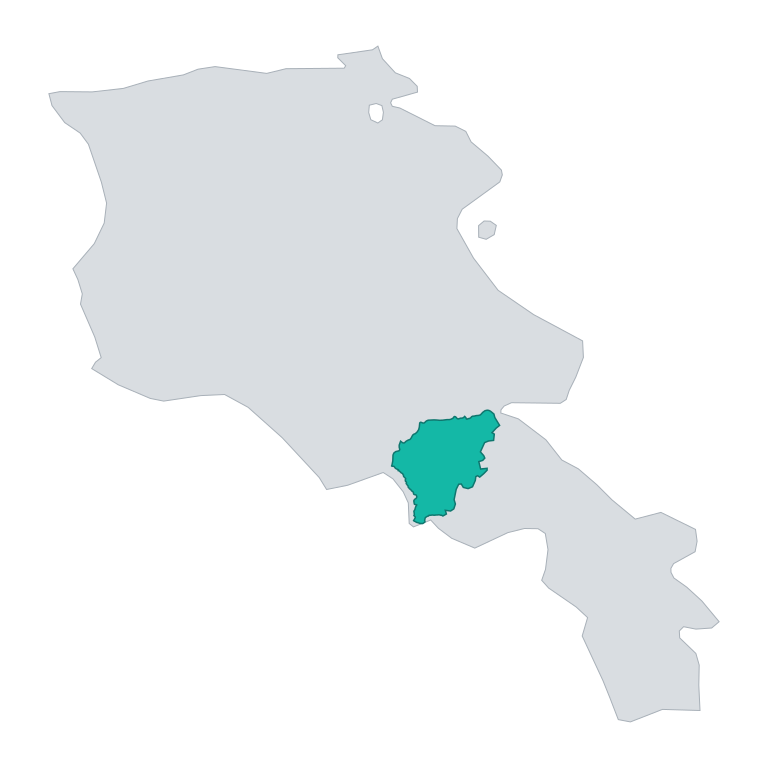 Yeghegnadzor, Vayots Dzor, Armenia shown in context
{"feature_id": "60910142B56159953902843", "entity_name": "Yeghegnadzor", "entity_type": "district", "adm_level": 2, "iso_a3": "ARM", "parent_name": "Armenia", "parent_adm1": "Vayots Dzor", "projection": "orthographic", "projection_center": [45.236, 39.785], "detail": "fine", "context": "in_parent", "style": "filled", "palette": "teal", "viewbox_px": 768, "rotation_deg": 0, "n_neighbors": 0, "source": "geoboundaries", "source_scale": "gbopen_adm2", "svg_char_len": 5211}
<svg xmlns="http://www.w3.org/2000/svg" viewBox="0 0 768 768"><path d="M326.6,489.5L319.2,477.5L282.3,437.8L248.1,407.3L224.6,394.5L200.8,395.6L163.7,401.1L150.2,398.4L118.3,384.8L91.7,368.6L95.5,362.2L101.2,357.6L94.8,337.1L80.5,304.1L82.3,293.9L77.9,279.6L72.9,268.8L94.3,243.6L104.2,223.1L106.6,203.1L101.4,182.2L88.4,144.2L80.2,133.1L64.7,122.6L52.0,105.6L48.9,93.7L60.0,91.6L92.2,91.9L123.4,88.4L148.0,81.0L183.4,74.9L198.0,69.2L215.1,66.6L266.7,73.4L286.0,68.7L344.2,68.2L345.7,65.7L337.8,57.8L337.9,54.8L372.5,49.8L377.9,46.1L382.4,58.7L395.3,72.8L409.5,78.5L417.2,86.3L417.5,92.1L392.3,99.2L390.6,102.8L392.3,106.3L399.8,108.0L435.0,125.7L455.2,126.1L465.8,131.4L471.1,141.9L488.0,156.2L501.4,170.1L502.3,174.9L499.8,181.9L462.2,209.2L457.4,218.6L456.9,228.6L473.5,258.1L498.1,290.3L533.6,314.6L582.6,340.9L583.4,357.4L575.8,377.1L569.2,390.4L566.2,399.5L560.3,403.3L511.5,402.7L504.2,406.0L501.0,409.8L500.8,413.0L518.4,418.9L545.9,439.8L561.8,460.0L578.3,468.8L596.9,484.8L611.9,499.8L635.2,519.1L660.9,512.4L695.5,529.4L697.1,541.2L695.1,551.7L673.6,563.6L670.9,568.4L671.0,572.4L673.9,578.0L686.8,587.2L701.9,601.0L719.1,621.7L711.7,628.0L695.9,629.1L683.6,626.7L679.3,631.0L679.7,637.9L695.9,653.5L699.2,665.1L698.8,685.2L700.0,710.5L662.4,709.4L630.4,721.9L618.3,719.6L610.0,698.1L603.0,680.7L582.2,636.0L587.6,617.6L576.2,607.0L548.7,588.1L541.7,580.3L545.5,569.4L548.0,549.6L545.3,533.5L538.0,528.7L524.4,528.5L507.9,532.6L474.8,548.1L451.7,538.3L438.4,528.3L430.7,520.0L413.5,526.9L409.2,523.5L408.3,502.9L403.2,491.8L392.9,478.8L383.2,472.5L347.8,485.2L326.6,489.5ZM382.4,119.8L383.4,112.3L381.9,105.6L376.2,103.5L369.3,105.2L368.7,112.6L370.8,119.7L377.8,123.0L382.4,119.8ZM494.2,234.6L486.2,239.3L478.7,237.2L478.6,225.6L484.1,221.0L490.3,221.2L496.3,225.4L494.2,234.6Z" fill="#d9dde1" stroke="#a8b0b8" stroke-width="1"/><path d="M400.6,441.2L399.2,445.1L399.2,447.2L399.8,449.6L399.0,450.8L395.7,451.6L393.8,453.1L393.0,455.1L392.8,460.8L392.0,464.9L391.6,465.9L391.9,466.2L392.1,466.2L392.8,466.3L393.5,466.3L394.0,466.4L394.4,466.9L394.8,467.4L395.0,467.8L395.3,468.1L395.6,468.4L396.1,468.7L397.3,469.3L398.2,469.6L398.5,469.9L398.3,470.4L398.2,470.6L398.5,470.7L398.9,470.8L399.2,471.0L399.6,471.3L400.1,471.8L400.5,472.0L400.8,472.5L401.1,472.8L401.5,473.0L402.1,473.3L402.5,473.6L402.8,473.9L402.9,474.3L403.2,474.9L403.5,475.1L403.5,475.7L403.6,476.4L403.8,476.6L404.3,477.2L405.0,477.8L405.5,478.4L405.7,478.7L405.6,479.0L405.3,479.6L405.4,480.0L405.3,480.6L405.4,481.1L405.6,481.4L406.0,481.5L406.4,482.3L406.5,482.7L406.2,483.5L406.3,483.8L406.6,484.0L407.1,484.7L407.4,485.3L407.9,485.6L408.0,486.0L408.2,486.9L408.3,487.4L408.6,487.7L409.0,488.0L409.3,488.4L409.4,488.7L409.9,489.1L410.1,489.2L410.5,489.3L410.7,489.6L411.0,490.0L411.5,490.8L412.1,491.2L412.8,491.6L413.2,492.3L413.5,492.8L413.5,493.1L413.5,493.6L413.7,494.1L414.2,494.5L414.8,494.7L415.2,494.7L415.7,494.8L416.3,495.2L416.5,495.9L416.6,496.0L416.8,496.8L416.6,497.6L416.0,498.5L414.7,499.3L414.2,500.0L413.8,500.9L413.8,501.2L414.0,501.7L414.0,502.3L414.2,503.3L414.3,504.0L414.5,504.3L415.3,504.5L416.1,504.7L416.7,504.9L416.6,505.3L416.0,506.1L415.7,506.8L415.3,507.9L415.1,508.7L415.0,509.4L414.7,509.9L414.1,510.8L413.9,511.4L414.0,512.2L414.2,512.6L414.2,512.8L414.2,513.0L414.2,513.5L414.3,514.3L414.3,514.9L414.1,515.2L413.9,515.5L414.1,515.8L414.7,516.4L415.3,517.0L415.3,517.3L415.2,517.7L414.6,518.9L413.8,520.3L413.6,520.6L414.3,521.2L415.2,521.5L416.1,522.1L417.0,522.5L418.0,522.7L419.1,523.1L419.4,523.2L419.9,523.4L420.3,523.4L421.0,523.5L421.6,523.5L422.4,523.6L422.8,523.5L423.4,523.1L424.1,522.6L424.7,522.2L424.9,521.9L425.0,521.4L424.8,520.9L424.6,520.3L424.8,519.7L425.0,518.9L425.1,518.1L425.4,517.6L425.7,517.3L426.1,517.1L426.5,516.8L427.0,516.5L427.6,516.2L428.1,516.1L428.5,516.0L428.6,515.7L428.8,515.4L429.2,515.3L429.9,515.3L431.0,515.2L431.7,515.1L432.4,515.0L433.1,515.1L433.9,515.2L434.7,515.2L435.2,515.1L436.1,515.0L437.2,515.0L437.8,514.9L438.7,514.8L439.7,514.9L440.3,515.1L440.5,515.1L441.2,515.3L441.6,515.2L442.9,516.0L446.4,514.0L445.3,510.3L450.6,511.0L453.8,508.9L455.4,504.0L454.1,499.7L456.2,489.3L458.7,484.2L461.3,484.0L463.3,487.4L468.1,488.6L472.5,486.8L475.3,480.5L475.8,476.6L477.6,475.7L479.7,477.1L483.8,473.6L487.1,470.2L487.1,468.3L480.6,469.0L478.8,461.6L482.7,460.4L484.8,458.1L483.7,455.6L480.4,451.9L484.6,442.6L488.5,441.0L493.6,440.4L494.3,434.1L492.0,432.7L496.2,428.1L499.6,425.4L494.8,417.5L493.9,414.0L490.5,411.2L488.8,410.4L487.2,410.2L485.0,410.7L482.8,412.3L480.4,414.9L478.7,415.4L476.2,415.6L474.2,416.1L472.6,416.2L471.6,416.7L470.6,417.9L469.5,418.4L468.0,418.7L467.0,419.2L466.4,419.0L465.9,417.7L464.7,416.4L463.6,417.5L462.4,418.1L460.3,418.2L458.5,418.9L457.3,418.7L455.7,416.9L454.7,416.5L454.1,416.7L453.1,418.1L451.1,419.2L449.4,419.6L447.1,419.6L442.5,420.2L439.5,420.3L436.5,420.0L436.4,420.0L436.1,420.0L434.0,419.9L428.1,420.2L426.3,421.0L424.3,422.9L423.0,423.1L421.1,422.3L420.4,422.3L419.7,423.0L419.3,427.1L418.7,429.5L417.3,431.8L415.3,433.7L414.0,434.1L412.7,435.1L411.1,438.1L410.1,439.4L408.1,440.1L406.0,441.3L404.5,442.8L403.6,443.0L402.5,442.7L400.6,441.2Z" fill="#14b8a6" stroke="#0f766e" stroke-width="1.5"/></svg>